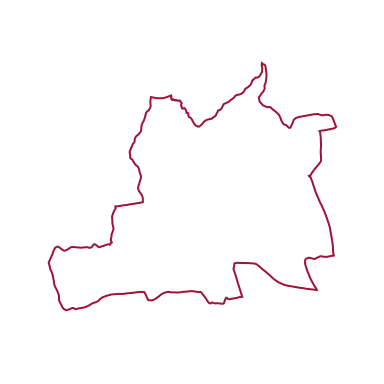 Masasi Township Authority, Mtwara, United Republic of Tanzania, rotated 171°
{"feature_id": "72390352B27431607141265", "entity_name": "Masasi Township Authority", "entity_type": "district", "adm_level": 2, "iso_a3": "TZA", "parent_name": "United Republic of Tanzania", "parent_adm1": "Mtwara", "projection": "equal_earth", "projection_center": [38.869, -10.751], "detail": "fine", "context": "isolated", "style": "outline", "palette": "rose", "viewbox_px": 384, "rotation_deg": 171, "n_neighbors": 0, "source": "geoboundaries", "source_scale": "gbopen_adm2", "svg_char_len": 5940}
<svg xmlns="http://www.w3.org/2000/svg" viewBox="0 0 384 384"><g transform="rotate(171 192 192)"><path d="M344.6,144.9L344.1,139.4L344.1,138.0L343.2,135.5L342.9,133.3L342.7,133.0L342.6,131.1L342.4,126.7L342.5,122.4L342.2,120.5L340.5,115.1L339.6,110.7L339.8,108.8L340.1,107.5L340.2,105.8L339.9,104.3L338.7,100.8L338.1,98.5L336.8,96.4L336.1,96.0L335.5,95.3L334.7,94.9L332.2,95.2L328.5,96.1L327.7,96.1L327.0,95.8L325.8,94.7L325.3,94.4L323.3,94.7L319.1,94.8L317.3,94.8L314.5,95.2L313.0,95.6L310.9,96.3L307.6,97.7L304.4,98.2L301.5,99.0L300.2,100.3L297.1,101.9L292.4,102.9L287.5,103.4L279.3,102.7L276.2,102.1L273.0,102.1L266.5,101.7L259.5,101.5L255.5,100.9L254.8,100.6L254.1,98.9L252.3,92.3L250.9,91.6L250.1,91.5L249.0,91.3L246.9,91.5L245.4,92.0L241.7,93.7L239.1,95.3L237.5,96.1L234.7,96.8L231.9,97.1L230.4,96.9L227.9,96.0L225.3,95.7L222.9,95.1L219.3,94.7L217.5,94.9L214.9,94.6L208.0,94.2L205.9,93.7L202.4,92.5L200.3,91.9L199.4,92.0L198.7,91.6L198.5,91.3L196.8,88.0L195.7,86.2L193.1,80.4L192.3,79.5L191.4,79.1L190.6,79.2L190.1,79.6L189.0,79.6L188.2,79.1L187.0,78.5L185.9,78.2L184.0,78.2L181.1,77.2L178.4,76.8L177.9,77.1L176.6,79.7L175.0,82.1L174.3,82.2L173.4,80.9L172.9,80.5L172.1,80.3L171.3,80.2L167.9,80.4L164.4,80.4L161.6,80.8L160.2,80.6L158.8,80.6L161.0,95.5L162.0,103.1L162.6,106.7L163.1,109.3L162.7,110.5L162.1,111.9L161.3,114.8L159.3,115.1L147.3,112.9L142.8,111.9L140.4,111.1L139.3,110.3L138.3,109.1L136.7,107.5L133.9,104.0L132.4,102.5L127.7,97.0L126.2,94.9L124.0,92.4L120.8,89.4L118.3,87.7L114.9,85.6L113.0,84.8L109.3,83.5L108.0,83.2L106.7,82.6L100.3,80.5L98.0,79.9L94.7,78.7L84.1,75.7L84.4,77.1L84.8,78.2L85.4,79.1L87.4,84.5L88.2,86.7L89.1,90.0L89.6,92.6L90.5,96.0L91.4,102.0L91.5,104.3L91.1,106.3L90.4,107.8L89.1,108.4L87.3,108.8L86.3,108.7L82.5,107.0L80.8,106.7L80.1,107.1L75.7,108.4L74.6,108.4L72.1,107.5L70.5,107.1L69.1,106.8L64.7,107.1L61.8,107.0L62.0,109.2L62.0,110.8L61.8,112.0L61.4,116.3L61.2,120.1L61.2,123.2L61.4,135.4L61.9,139.2L63.0,145.7L64.1,151.1L66.1,158.7L66.7,160.3L67.2,161.9L69.3,170.2L69.8,171.9L71.3,181.3L71.5,183.0L72.1,185.8L72.7,188.3L73.7,189.0L74.0,189.6L72.5,189.8L71.0,191.7L66.9,195.8L63.3,198.8L60.0,202.0L59.5,203.6L59.3,204.7L59.1,206.1L58.9,209.0L58.5,212.2L57.3,217.6L56.9,221.0L56.2,226.9L56.2,231.0L56.3,231.7L56.5,232.1L54.2,232.4L51.7,232.2L42.6,232.6L41.3,232.9L40.2,233.3L39.4,233.9L39.8,235.3L41.2,241.9L41.9,244.6L43.9,246.1L45.0,246.7L46.6,247.2L48.3,247.3L50.5,247.3L52.1,247.5L55.1,249.2L55.7,249.4L59.3,249.7L65.2,249.6L75.2,249.3L77.7,248.9L80.0,247.6L82.1,244.0L83.5,242.0L84.7,240.2L85.5,240.0L86.4,240.5L87.5,241.8L88.4,243.2L89.5,243.7L91.1,244.9L92.5,248.3L92.9,250.7L93.6,253.3L94.0,254.2L94.0,254.5L95.4,256.5L97.7,259.3L98.8,260.3L101.4,263.6L104.5,264.1L105.7,264.7L107.0,265.7L108.6,266.7L109.1,267.7L110.4,269.6L111.1,270.8L111.1,273.1L111.2,274.5L110.8,275.5L108.9,277.2L107.9,278.4L105.9,279.9L104.1,282.6L103.9,283.8L103.9,285.3L103.3,286.6L102.2,288.4L100.5,293.9L100.0,296.3L99.8,303.2L99.8,304.9L100.2,305.9L100.8,306.6L101.5,306.8L102.8,308.3L103.4,306.3L103.2,303.6L104.0,299.8L105.7,297.5L107.5,295.5L109.8,294.7L111.2,295.1L112.4,294.4L113.5,293.4L114.9,292.9L115.7,291.2L117.6,288.5L120.9,286.5L123.2,285.6L124.5,283.8L126.1,282.2L127.9,281.3L130.5,280.8L133.0,280.8L134.2,280.2L135.7,278.7L137.5,277.7L139.3,276.9L141.7,275.3L146.8,273.9L147.6,273.0L149.3,270.5L150.4,269.3L151.8,268.6L153.7,268.3L154.3,266.9L155.4,265.7L156.2,264.2L158.1,262.8L160.1,262.0L161.1,261.3L164.2,261.2L166.3,260.9L169.1,259.7L169.7,258.9L172.5,256.7L174.8,255.5L176.0,255.7L177.2,256.5L178.5,257.8L179.3,259.4L181.2,264.7L182.0,265.7L183.0,266.3L183.3,266.9L183.3,267.2L183.8,268.3L183.5,268.9L183.4,270.2L183.8,270.7L184.8,270.9L185.1,271.1L184.9,271.6L185.0,273.2L185.3,273.8L185.5,274.7L185.8,275.6L186.0,275.9L187.5,275.7L188.0,275.8L188.6,276.1L188.4,276.5L188.5,277.3L189.1,277.7L189.2,279.0L189.1,279.8L188.3,281.0L188.3,281.7L189.2,282.6L189.4,283.2L189.4,283.9L189.7,284.3L191.3,284.3L192.1,284.4L193.0,285.3L193.3,285.3L193.4,285.0L193.7,284.9L194.0,285.0L194.1,285.4L194.3,285.5L195.0,285.5L195.9,286.5L196.3,286.5L196.4,286.0L196.9,285.9L197.1,286.0L197.7,286.6L197.7,287.1L197.8,287.4L197.7,288.2L197.9,288.7L197.8,289.2L197.5,289.3L197.5,290.6L198.9,290.4L200.0,290.1L203.0,289.5L204.8,289.3L206.4,289.2L212.2,290.2L217.7,292.2L218.6,289.5L218.9,288.0L219.1,287.0L219.3,284.0L219.5,283.0L220.2,281.6L222.1,279.3L223.5,278.7L224.4,278.0L225.0,277.3L226.7,273.3L227.7,271.3L228.6,269.8L230.1,267.9L231.1,266.1L231.7,264.8L231.8,264.0L232.6,261.0L232.8,260.3L233.2,259.7L235.8,257.3L236.5,256.8L237.7,256.3L238.6,255.6L239.3,254.7L240.1,253.5L240.6,252.3L240.6,251.5L241.1,250.3L243.1,248.5L244.3,246.2L245.2,245.2L245.9,243.8L247.1,242.0L247.2,241.4L247.4,240.2L247.3,238.8L247.5,236.4L247.5,236.2L247.7,235.9L247.7,235.4L247.5,234.9L247.2,234.5L246.8,234.3L245.8,233.1L244.8,230.3L244.6,229.9L243.7,227.9L241.9,226.0L241.5,225.4L240.9,223.6L240.7,222.0L240.6,220.0L240.4,218.4L239.9,216.1L240.0,214.7L240.4,213.6L242.4,209.5L244.5,205.1L244.7,204.2L244.7,203.4L244.1,200.8L243.6,200.2L242.7,198.1L242.0,196.7L241.6,194.8L241.7,191.8L242.2,189.6L245.9,189.5L257.0,189.5L259.1,189.3L260.6,189.6L267.0,189.5L268.9,189.6L269.9,189.8L270.0,189.0L270.0,187.8L270.3,187.2L271.5,186.1L272.1,185.2L273.3,183.3L273.7,182.3L274.8,180.5L274.8,179.8L275.2,176.1L275.3,174.5L275.6,173.3L275.2,168.1L276.4,165.5L278.1,162.7L278.4,160.7L279.2,158.8L279.8,157.1L279.1,154.7L280.4,154.2L280.9,152.9L281.6,152.8L282.3,153.4L285.1,153.3L287.1,152.8L288.5,152.5L289.5,152.5L292.0,151.9L292.8,152.2L293.7,153.0L295.1,154.8L296.3,155.6L297.0,155.7L297.7,155.2L299.3,153.5L300.7,152.9L301.7,152.8L303.7,153.7L304.8,154.0L310.5,154.4L318.2,156.3L319.5,156.5L320.8,156.1L325.1,154.2L326.5,154.0L327.2,154.0L328.7,154.9L332.1,158.4L333.3,159.1L334.7,158.9L335.7,158.4L336.5,157.6L338.6,154.5L339.4,152.7L340.6,150.9L343.3,146.6L344.6,144.9Z" fill="none" stroke="#9f1239" stroke-width="2"/></g></svg>